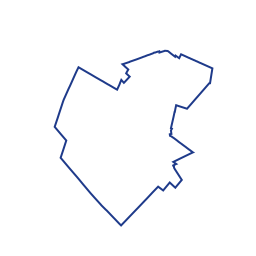 the district of Villa Unión, Coahuila, Mexico, rotated 26°
{"feature_id": "50627088B60312682386501", "entity_name": "Villa Unión", "entity_type": "district", "adm_level": 2, "iso_a3": "MEX", "parent_name": "Mexico", "parent_adm1": "Coahuila", "projection": "albers", "projection_center": [-100.748, 28.099], "detail": "fine", "context": "isolated", "style": "outline", "palette": "blue", "viewbox_px": 256, "rotation_deg": 26, "n_neighbors": 0, "source": "geoboundaries", "source_scale": "gbopen_adm2", "svg_char_len": 2789}
<svg xmlns="http://www.w3.org/2000/svg" viewBox="0 0 256 256"><g transform="rotate(26 128 128)"><path d="M164.5,218.6L168.3,206.7L170.3,200.5L172.7,193.1L175.0,185.8L175.7,183.7L178.2,175.5L180.8,167.5L187.0,168.7L187.9,164.9L189.0,160.4L189.4,158.7L194.6,160.3L194.9,160.4L196.7,160.9L196.8,160.4L199.1,151.1L188.2,144.5L186.9,143.6L186.0,142.2L185.5,142.2L185.1,142.1L185.0,141.9L185.2,141.7L187.0,139.3L187.1,139.2L183.6,138.6L188.5,132.3L192.5,127.2L197.0,121.5L196.9,121.5L196.3,121.3L195.2,121.1L194.9,121.1L194.7,121.0L194.2,120.9L193.8,120.8L192.3,120.6L191.9,120.5L191.5,120.4L191.1,120.4L190.9,120.3L190.3,120.2L189.8,120.1L189.2,120.0L188.0,119.7L187.2,119.6L179.5,118.2L177.9,117.8L174.3,117.1L173.8,117.0L171.5,116.7L170.9,116.5L169.2,116.6L168.3,115.3L168.4,115.2L168.5,115.1L168.8,114.9L169.0,114.7L169.3,114.5L169.6,114.3L168.8,113.1L167.7,111.4L167.8,109.4L166.7,109.4L164.1,98.2L162.8,93.0L163.0,92.9L162.1,89.7L161.3,86.4L161.9,86.3L163.0,86.2L163.7,86.1L164.4,86.0L172.6,84.8L174.1,79.3L176.0,72.2L179.5,59.3L181.4,52.2L182.1,51.8L177.7,37.4L171.6,37.6L165.4,37.8L165.2,37.8L164.5,37.8L164.2,37.9L163.4,37.9L162.7,37.9L162.2,37.9L161.7,37.9L161.3,37.9L160.8,37.9L160.5,38.0L160.0,38.0L159.5,38.0L159.3,38.0L159.2,38.0L158.8,38.0L158.5,38.0L158.0,38.0L157.8,38.0L157.5,38.1L157.2,38.1L155.9,38.1L154.1,38.2L153.7,38.2L153.4,38.2L153.1,38.2L152.9,38.2L152.4,38.2L152.2,38.2L151.9,38.3L151.6,38.3L151.3,38.3L150.6,38.3L146.3,38.4L143.4,38.5L143.4,42.8L139.0,42.1L139.1,43.3L134.2,42.3L131.7,41.7L130.2,41.4L129.6,41.5L129.4,41.6L127.3,42.4L126.7,43.1L126.1,43.6L125.4,44.3L124.7,44.9L124.5,45.1L124.4,45.2L124.3,45.4L123.9,45.7L123.6,46.0L123.2,46.4L122.5,45.4L122.2,45.7L121.9,45.9L121.3,46.3L121.1,46.5L120.9,46.7L120.7,46.9L119.8,47.8L119.2,48.4L119.1,48.5L118.5,48.7L117.6,50.1L116.2,51.5L115.6,52.2L115.5,52.3L114.7,53.1L113.8,53.9L112.4,55.4L112.4,55.5L111.7,56.2L111.6,56.3L111.2,56.7L110.6,57.3L110.2,57.7L109.7,58.3L105.6,62.6L100.6,67.6L100.4,68.0L95.8,72.5L95.1,73.1L95.4,73.2L96.5,73.5L96.8,73.6L97.1,73.7L97.4,73.8L97.6,73.8L97.9,73.9L98.3,74.1L99.1,74.3L102.6,75.3L102.4,78.6L102.4,79.7L105.3,80.6L107.0,81.1L104.9,88.0L104.5,89.2L100.9,87.7L101.1,90.9L101.3,92.8L101.3,93.6L101.4,98.3L98.1,98.1L95.6,97.9L94.6,97.8L94.2,97.8L91.7,97.6L90.8,97.6L87.0,97.3L85.0,97.1L82.5,97.0L80.0,96.8L79.9,96.8L76.8,96.6L70.7,96.1L69.0,96.0L66.2,95.8L56.9,95.1L56.9,100.1L57.0,103.6L57.4,115.5L57.4,118.4L57.5,121.5L57.7,127.3L57.8,130.6L58.0,132.6L58.8,138.4L59.6,144.3L60.4,149.9L61.6,159.1L64.5,160.4L70.4,163.0L78.0,166.3L79.4,176.1L80.5,184.3L92.7,189.7L93.4,190.0L105.7,195.3L112.7,198.5L115.0,199.5L123.1,203.1L128.0,205.1L137.7,209.0L137.8,209.1L143.9,211.2L144.8,211.4L151.8,214.0L162.1,217.8L164.5,218.6Z" fill="none" stroke="#1e3a8a" stroke-width="2"/></g></svg>